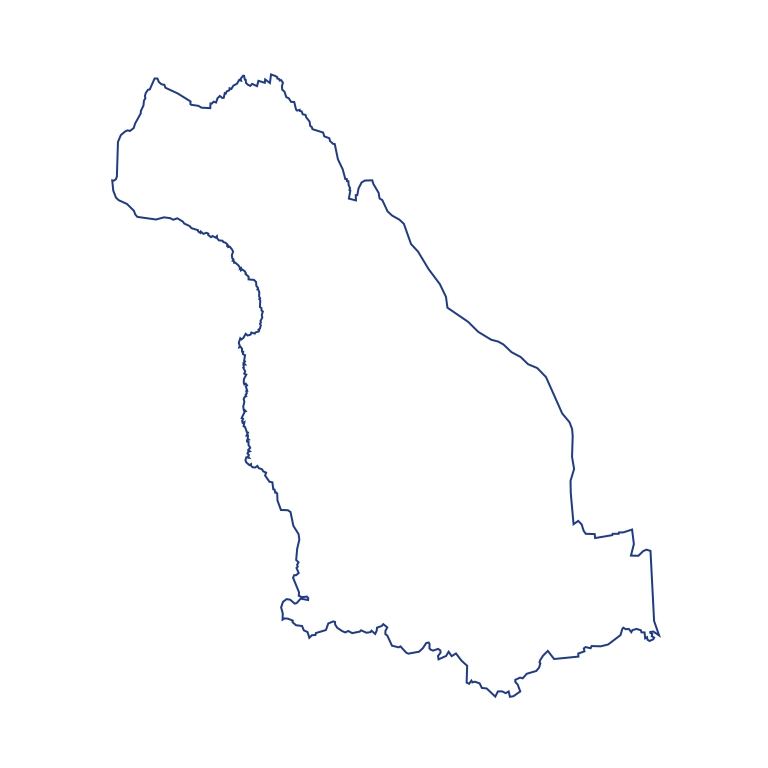 outline of Si Maha Phot, Prachin Buri, Thailand, rotated 176°
{"feature_id": "78962969B29475179093535", "entity_name": "Si Maha Phot", "entity_type": "district", "adm_level": 2, "iso_a3": "THA", "parent_name": "Thailand", "parent_adm1": "Prachin Buri", "projection": "equal_earth", "projection_center": [101.574, 13.876], "detail": "fine", "context": "isolated", "style": "outline", "palette": "blue", "viewbox_px": 768, "rotation_deg": 176, "n_neighbors": 0, "source": "geoboundaries", "source_scale": "gbopen_adm2", "svg_char_len": 6136}
<svg xmlns="http://www.w3.org/2000/svg" viewBox="0 0 768 768"><g transform="rotate(176 384 384)"><path d="M476.2,136.0L473.5,138.4L469.9,138.4L469.3,140.3L459.1,142.6L456.3,149.0L451.2,150.7L449.5,150.1L449.5,147.4L447.6,144.0L443.1,140.5L440.0,138.9L436.9,140.1L433.1,137.7L425.4,138.7L424.1,139.9L418.8,137.1L414.9,137.4L413.7,138.8L410.2,135.3L408.4,138.7L408.0,141.4L403.1,142.8L401.5,144.5L397.7,141.0L399.8,137.6L400.1,134.4L398.2,132.7L394.3,122.4L387.8,120.3L385.9,121.1L380.6,114.5L378.5,113.3L367.7,114.5L363.6,117.8L360.0,122.6L357.5,123.0L356.7,121.5L357.1,117.1L356.3,116.0L353.7,114.6L348.5,116.0L346.4,114.3L346.3,112.1L349.1,108.9L348.8,105.5L341.0,108.4L338.2,112.4L335.5,107.8L331.0,110.2L326.0,102.6L320.7,97.1L322.4,80.4L320.0,79.0L317.5,82.0L316.6,80.2L314.2,80.7L309.5,78.7L307.6,74.0L302.8,73.1L294.8,64.4L291.8,69.4L287.5,69.1L284.2,67.1L281.1,68.6L280.2,63.2L276.7,63.5L269.5,67.8L271.6,74.8L273.8,77.7L273.7,79.7L268.8,81.6L266.2,80.7L261.8,85.0L252.1,87.1L249.1,90.3L247.5,94.4L248.3,95.3L247.6,97.4L244.3,101.9L239.2,106.3L233.5,97.8L209.1,98.5L209.0,101.6L202.7,103.3L203.1,106.3L201.3,107.5L196.3,106.0L195.2,108.1L186.1,107.2L178.6,108.5L165.6,117.0L163.4,123.0L162.2,124.2L160.0,122.5L156.9,122.6L154.6,119.2L153.4,121.1L149.2,122.1L144.9,120.4L144.5,118.3L141.4,118.0L141.2,112.1L139.3,113.1L139.0,110.6L137.1,109.1L133.1,110.6L132.2,112.2L134.5,113.7L133.8,116.0L135.7,117.1L135.6,118.1L132.6,118.3L127.1,114.0L131.1,128.7L129.8,198.9L133.7,200.4L137.0,199.3L142.2,194.9L149.6,195.6L145.9,206.9L146.7,221.5L155.5,219.3L160.0,219.5L160.4,218.2L166.4,218.6L166.8,217.3L184.1,215.6L184.3,219.6L193.2,220.5L195.1,223.7L196.6,230.1L199.8,233.9L204.7,230.9L205.3,261.9L204.7,274.3L200.3,286.0L201.5,298.2L199.4,318.9L199.5,325.9L201.6,332.9L208.3,342.2L221.9,379.6L230.0,389.2L238.9,393.7L245.8,401.4L254.5,406.8L262.1,415.1L267.0,418.3L274.0,420.7L286.3,429.4L295.7,440.1L315.4,455.7L316.1,466.6L321.3,479.7L331.5,495.5L340.8,513.7L347.3,521.8L353.0,542.4L357.2,546.9L364.1,551.4L368.4,555.9L372.8,567.5L375.5,569.4L376.0,575.0L380.6,584.2L381.5,588.0L388.9,588.3L392.3,586.6L395.7,581.0L397.5,574.3L399.0,574.3L399.2,569.1L406.1,571.4L404.1,579.4L405.0,580.1L404.2,581.7L405.4,584.9L405.4,588.8L406.7,589.0L406.9,591.1L408.3,591.2L410.2,601.0L414.3,611.4L416.4,626.8L418.0,627.1L420.9,630.1L421.4,633.0L426.3,635.2L427.2,639.1L437.6,643.2L438.1,645.4L439.6,646.6L439.9,650.9L443.0,655.5L443.5,657.9L446.3,658.8L447.1,661.7L448.8,662.2L449.0,663.4L451.6,662.8L452.6,664.0L453.9,671.6L457.0,671.9L459.1,675.7L461.4,676.9L462.9,682.6L465.0,684.7L465.0,688.3L463.8,691.6L465.4,694.3L466.9,694.1L467.1,695.4L469.1,696.2L469.1,697.6L471.1,698.9L475.1,700.7L476.8,692.2L481.3,696.1L481.9,692.8L488.1,695.2L489.9,690.0L494.6,692.6L496.6,690.7L499.0,692.1L500.7,694.1L500.7,697.1L501.6,697.4L502.1,701.2L503.0,701.4L505.7,698.5L505.4,696.6L507.3,697.4L509.7,693.8L513.4,692.2L515.7,689.0L517.4,689.8L517.8,687.8L520.4,686.9L521.7,684.7L522.6,685.2L523.9,680.7L525.3,680.6L527.7,682.8L530.2,680.6L531.9,676.5L534.3,677.5L536.3,675.7L537.5,676.0L538.1,671.3L546.9,672.4L549.6,674.4L556.9,676.0L557.6,676.7L557.3,679.4L569.5,688.2L581.4,694.8L582.2,697.8L585.0,698.5L587.5,700.9L588.7,704.5L591.5,704.8L597.1,694.2L598.9,694.0L601.3,691.0L602.4,688.0L602.1,685.7L603.7,683.4L604.5,678.7L607.5,673.3L607.8,670.9L614.1,661.2L615.8,656.8L619.9,654.1L621.9,654.9L624.6,654.0L629.2,650.6L632.5,644.0L636.0,609.6L637.2,606.9L639.3,605.7L640.9,606.1L640.6,595.8L638.4,588.7L635.9,585.9L627.8,581.5L621.4,574.2L620.3,570.5L618.4,567.9L599.9,564.0L591.9,565.6L585.9,564.4L582.8,562.6L578.6,563.7L573.2,559.9L572.1,558.0L567.0,555.2L565.2,552.9L558.8,550.4L558.7,549.1L556.6,547.5L556.1,548.8L553.7,546.4L550.5,547.2L548.7,546.2L549.0,544.9L546.3,542.5L544.7,543.6L541.8,541.8L540.4,543.1L540.3,541.0L538.7,538.8L535.1,538.2L534.4,536.8L532.4,536.1L530.5,534.2L530.8,532.8L529.8,532.8L529.9,531.5L528.2,531.7L526.2,528.7L525.3,526.6L526.8,523.1L526.6,520.0L525.5,518.9L526.4,517.5L525.1,516.9L525.1,515.4L523.8,515.4L520.9,512.4L519.6,510.2L519.8,509.0L518.6,509.6L518.7,507.4L517.4,508.1L515.0,506.2L514.1,504.3L514.5,503.5L511.6,500.5L511.8,497.8L506.4,496.9L504.5,494.7L504.5,490.8L503.0,488.6L503.6,487.2L502.8,487.0L502.0,483.9L502.5,480.3L501.6,478.1L502.5,477.4L501.6,476.0L502.4,469.5L501.0,468.3L501.0,465.7L499.8,464.8L501.1,461.4L500.8,458.7L502.8,455.6L502.5,454.0L503.5,452.7L502.8,451.2L503.8,448.2L505.1,447.1L504.6,446.9L505.2,445.2L508.6,444.4L509.4,443.3L512.8,444.6L513.6,442.6L516.6,441.9L518.5,443.7L521.0,439.8L523.2,438.4L524.2,439.6L526.0,435.1L525.2,432.2L525.8,430.7L524.5,431.1L523.2,429.2L523.4,426.2L522.2,426.0L522.7,423.7L520.6,422.4L521.9,417.1L521.1,416.2L522.5,415.1L521.2,413.1L522.9,413.3L522.7,410.4L523.3,410.0L521.6,406.4L522.7,404.1L520.7,403.0L523.4,398.7L523.8,394.9L523.3,393.3L521.9,394.0L520.7,392.2L522.0,391.2L520.9,386.6L521.9,386.4L521.5,384.2L522.9,382.8L522.3,381.4L524.0,380.7L525.1,378.6L524.5,376.2L526.0,371.3L525.8,368.3L525.4,366.9L524.7,367.6L523.8,366.5L524.8,366.2L528.4,359.9L527.0,359.1L528.1,357.0L527.7,355.1L525.9,355.8L527.0,351.6L525.7,351.0L524.1,345.4L523.1,345.0L524.7,342.1L523.3,342.0L523.8,338.8L522.8,337.9L524.5,337.5L524.7,336.2L523.1,335.5L523.5,332.8L521.9,329.6L524.1,327.7L522.5,326.2L524.3,325.7L525.0,324.2L523.7,322.6L524.7,321.1L523.8,319.8L526.4,320.5L527.5,317.9L527.0,315.6L524.0,312.5L522.3,313.3L522.4,311.9L520.9,310.1L518.3,309.7L516.0,311.1L514.8,308.8L511.6,307.4L510.6,305.3L507.8,303.8L509.0,301.0L505.1,294.5L502.2,293.7L501.8,286.7L500.5,286.3L500.1,283.2L499.1,283.4L498.2,282.2L498.4,275.3L495.6,265.5L488.7,264.8L486.2,262.8L484.3,248.8L479.7,240.2L479.3,234.7L482.1,225.7L483.9,214.6L481.7,212.1L483.3,209.7L482.8,207.8L484.1,206.6L482.3,201.4L485.1,199.4L486.9,199.6L488.2,197.0L483.3,182.1L483.8,178.7L480.7,177.1L475.8,177.3L474.5,175.7L474.8,173.8L482.1,175.7L486.3,171.6L488.3,171.1L492.7,175.4L496.2,176.2L500.0,173.7L502.2,168.3L501.0,162.1L501.6,156.0L499.6,157.1L496.2,156.6L491.5,154.3L491.9,152.8L488.6,149.5L482.6,148.3L481.2,143.9L477.6,141.9L476.2,136.0Z" fill="none" stroke="#1e3a8a" stroke-width="2"/></g></svg>